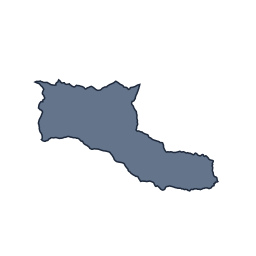 Shingkhar, Shemgang, Bhutan (Robinson projection), rotated 292°
{"feature_id": "84629894B47600985586733", "entity_name": "Shingkhar", "entity_type": "district", "adm_level": 2, "iso_a3": "BTN", "parent_name": "Bhutan", "parent_adm1": "Shemgang", "projection": "robinson", "projection_center": [90.924, 27.213], "detail": "fine", "context": "isolated", "style": "filled", "palette": "slate", "viewbox_px": 256, "rotation_deg": 292, "n_neighbors": 0, "source": "geoboundaries", "source_scale": "gbopen_adm2", "svg_char_len": 5794}
<svg xmlns="http://www.w3.org/2000/svg" viewBox="0 0 256 256"><g transform="rotate(292 128 128)"><path d="M172.8,122.6L171.3,120.7L169.0,118.9L167.7,117.3L167.2,116.5L166.8,115.7L166.4,115.2L166.1,115.0L165.7,115.1L164.9,115.0L164.3,114.4L163.9,113.9L164.0,113.7L164.3,113.4L164.8,112.3L165.0,111.2L164.5,109.4L164.5,108.6L165.4,107.4L165.5,107.0L165.6,104.5L166.4,101.7L166.8,99.3L166.6,98.9L165.4,98.4L163.8,97.2L161.3,94.7L159.1,93.1L158.2,92.9L157.3,91.1L156.4,90.3L155.6,89.5L154.8,89.1L153.7,88.7L153.0,88.3L151.9,86.6L151.5,85.6L151.6,83.9L152.4,81.4L152.7,80.1L152.9,78.5L152.2,77.5L150.9,76.4L149.9,75.1L149.3,74.9L148.5,74.4L148.2,73.6L148.4,73.1L149.1,71.9L149.3,69.9L149.0,68.5L149.0,67.6L149.0,67.0L148.7,66.2L148.7,65.8L148.4,65.2L148.3,64.2L146.6,63.4L145.9,62.8L145.8,62.4L145.8,60.7L146.4,58.5L146.5,57.7L147.0,57.0L146.3,56.2L145.3,54.4L145.3,53.4L145.7,52.5L146.1,52.0L145.7,51.1L145.2,50.4L144.9,49.9L145.1,49.5L145.3,48.1L145.8,48.0L146.0,47.7L146.7,45.7L145.7,45.6L144.7,45.8L144.3,45.6L143.5,44.9L143.0,44.7L142.0,44.5L140.9,45.0L140.0,43.4L139.3,40.3L139.7,38.6L139.8,37.0L140.0,35.9L139.0,33.7L138.6,32.4L138.7,31.2L138.5,30.4L138.7,29.0L138.1,28.4L137.4,26.9L137.1,25.9L136.4,25.1L135.8,24.6L135.7,26.4L135.8,29.3L135.4,30.1L134.8,31.0L134.4,31.9L134.2,32.7L133.1,34.4L132.9,34.8L132.5,35.2L132.2,35.4L129.2,35.3L127.8,35.7L127.4,36.1L126.6,37.7L125.6,38.5L124.8,39.5L123.8,39.6L123.3,39.5L123.0,39.3L122.4,38.7L122.1,38.6L120.4,39.1L120.3,38.9L120.3,38.2L119.8,37.6L119.5,37.3L118.6,37.1L117.9,36.9L116.1,36.8L113.0,37.5L112.3,39.3L112.0,39.7L112.1,40.9L112.0,41.2L111.6,41.7L111.4,42.4L110.9,42.7L110.5,42.9L108.3,42.9L106.5,43.0L102.5,42.6L99.4,43.0L98.3,43.4L98.1,43.9L97.9,44.1L96.5,44.8L95.2,45.7L94.8,45.8L94.5,45.8L92.9,46.8L91.5,48.0L91.0,48.8L90.5,49.7L89.3,50.8L88.3,51.5L86.4,52.3L85.5,52.3L84.9,52.5L84.8,52.3L84.3,53.2L84.3,54.5L84.4,55.4L84.5,55.9L84.9,56.5L85.5,56.8L86.4,58.3L87.4,58.6L88.5,59.1L89.3,59.9L89.9,60.1L90.1,60.2L90.4,60.8L90.8,62.0L90.9,62.6L92.2,64.7L92.6,68.3L93.4,69.6L93.6,70.2L94.5,71.5L95.0,71.8L95.5,72.5L95.9,73.3L96.2,73.8L96.9,74.6L97.3,74.9L97.7,75.5L97.8,76.0L98.0,76.5L98.1,76.9L97.9,77.9L98.3,78.7L98.5,81.0L99.1,82.3L99.3,83.1L99.2,84.1L99.5,84.7L99.7,85.9L99.4,86.8L99.3,87.4L98.9,87.9L98.3,89.3L98.3,90.0L98.5,90.3L98.6,90.8L97.2,92.6L96.8,93.5L96.7,94.4L96.5,94.8L96.5,95.2L96.6,96.2L96.4,96.7L96.2,97.1L96.0,98.4L95.2,99.9L94.9,100.1L94.8,100.4L94.7,101.8L94.7,102.3L95.1,103.2L96.2,104.6L96.3,105.4L97.3,108.4L97.5,112.4L97.7,113.8L98.2,115.6L98.7,119.0L98.6,120.6L97.9,121.3L97.2,122.9L95.0,125.9L93.6,127.1L93.3,127.7L92.9,128.7L92.6,130.1L92.8,131.5L93.5,134.7L93.7,136.1L93.6,137.3L93.4,138.0L91.9,139.6L90.8,141.4L89.7,143.5L88.8,144.0L88.3,144.7L87.9,146.4L87.2,147.6L86.6,150.0L86.3,152.5L86.1,153.6L86.5,154.3L86.6,154.8L86.5,155.3L85.9,156.2L85.1,157.0L84.5,158.0L83.8,158.9L83.2,159.7L84.3,161.4L84.7,163.0L85.1,163.7L85.1,164.4L85.3,165.3L85.8,166.2L86.7,167.6L87.0,168.2L87.1,169.8L87.0,172.1L86.6,172.7L85.2,174.1L84.3,175.3L84.3,175.6L84.4,176.0L85.3,176.6L85.4,177.0L84.4,179.7L83.6,181.1L83.3,183.1L83.6,183.8L83.9,184.1L84.5,184.7L84.9,184.9L85.4,185.1L86.8,185.0L87.7,185.4L88.1,185.7L89.1,187.3L90.0,188.4L90.0,189.8L90.2,190.3L90.4,192.5L90.4,194.0L90.7,195.4L90.8,196.5L91.3,198.0L91.8,199.1L91.8,199.5L91.6,200.6L91.9,201.2L92.1,201.9L92.0,203.4L92.7,204.2L92.7,204.9L93.0,205.7L93.0,206.2L92.6,206.9L92.8,208.1L92.8,208.8L94.4,209.3L94.7,209.6L94.9,209.8L95.1,210.9L95.3,211.3L95.7,211.8L96.1,212.1L96.4,212.1L96.6,212.9L97.2,214.0L97.4,214.5L97.2,215.2L97.3,215.5L97.5,216.1L98.0,217.0L98.0,217.4L97.9,218.1L98.4,218.5L98.9,219.3L99.2,219.5L100.1,220.2L100.5,221.2L101.4,222.0L101.9,223.3L102.2,223.7L102.1,225.4L102.2,225.9L102.5,226.3L103.5,227.4L104.2,227.7L105.4,227.8L105.7,228.0L106.0,228.5L106.7,229.3L107.5,229.2L108.3,228.5L108.6,228.5L109.0,229.2L109.4,229.4L110.1,229.2L110.6,229.4L111.2,230.7L112.0,231.4L112.6,230.5L115.0,229.1L115.2,228.8L115.5,228.0L115.4,226.8L115.4,226.4L115.9,225.5L116.8,224.6L118.5,223.7L119.5,222.6L120.1,222.2L120.7,222.0L123.0,221.4L123.5,221.1L124.2,220.3L124.6,220.1L125.7,220.3L126.4,219.5L126.7,219.5L128.7,219.6L129.3,219.5L129.5,219.3L129.6,218.7L129.3,216.9L129.2,216.2L129.3,215.1L129.8,214.1L130.4,213.4L130.7,212.7L131.4,210.9L131.4,210.6L131.1,210.2L130.5,209.8L130.3,209.4L130.3,209.0L131.3,207.9L131.4,207.5L131.4,207.2L130.7,206.4L129.8,205.9L129.2,205.4L129.1,205.0L129.0,203.1L129.3,202.5L129.8,201.6L130.0,200.7L130.0,200.1L129.9,199.8L128.0,199.1L127.8,198.8L127.7,198.0L127.9,194.9L127.4,194.2L127.5,192.6L126.6,191.5L126.8,189.4L126.8,188.3L126.5,187.8L125.8,186.9L125.7,186.5L125.9,185.0L125.8,184.7L124.3,182.9L123.0,181.0L122.9,180.5L122.3,179.3L122.2,177.4L122.0,176.5L121.5,175.8L121.1,175.1L121.0,174.2L120.9,173.8L120.1,173.0L120.1,172.3L121.0,170.7L122.4,169.2L123.4,168.2L125.5,167.3L126.0,166.7L127.1,165.8L127.2,165.4L127.2,165.1L126.6,163.3L126.6,162.7L126.9,162.2L127.0,161.3L126.8,160.2L126.7,158.1L126.5,156.3L126.5,155.5L126.8,153.9L127.3,152.7L127.2,151.6L127.2,151.1L127.7,150.4L128.9,149.3L129.1,148.5L128.9,146.6L129.0,144.7L129.1,143.8L129.6,142.4L129.2,141.4L129.2,140.2L129.3,139.3L129.2,138.8L128.7,138.1L128.5,137.7L129.1,136.3L129.4,136.1L130.5,136.2L132.8,135.5L133.3,135.4L133.8,135.6L135.0,135.6L136.3,134.9L136.5,134.6L136.8,134.3L138.0,134.2L138.4,134.0L140.4,132.5L143.3,131.5L143.6,131.3L144.5,130.5L145.0,130.3L146.4,129.5L146.9,128.7L147.1,128.2L148.9,125.8L149.8,125.1L150.4,124.5L151.2,122.9L151.6,122.4L152.5,122.0L153.1,121.9L154.2,121.9L154.5,122.5L155.7,123.4L156.1,123.4L156.5,123.3L157.8,123.7L158.6,123.6L159.2,123.3L161.6,123.2L163.4,123.4L164.2,123.3L166.2,123.3L167.0,123.2L168.4,123.2L170.2,122.9L171.1,122.9L172.8,122.6Z" fill="#64748b" stroke="#1e293b" stroke-width="1.5"/></g></svg>